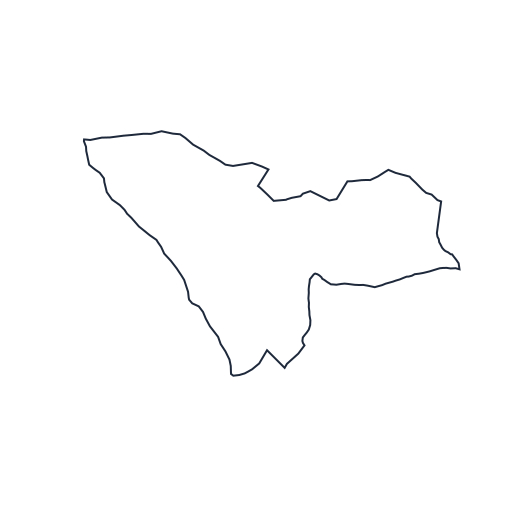 outline of Ijumu, Kogi, Nigeria, rotated 287°
{"feature_id": "59680162B15951041920960", "entity_name": "Ijumu", "entity_type": "district", "adm_level": 2, "iso_a3": "NGA", "parent_name": "Nigeria", "parent_adm1": "Kogi", "projection": "mercator", "projection_center": [5.957, 7.842], "detail": "fine", "context": "isolated", "style": "outline", "palette": "slate", "viewbox_px": 512, "rotation_deg": 287, "n_neighbors": 0, "source": "geoboundaries", "source_scale": "gbopen_adm2", "svg_char_len": 2499}
<svg xmlns="http://www.w3.org/2000/svg" viewBox="0 0 512 512"><g transform="rotate(287 256 256)"><path d="M196.3,203.9L196.0,204.1L195.6,204.3L194.7,204.8L192.3,208.5L192.1,208.8L191.1,216.0L187.0,221.7L181.4,226.3L175.3,232.5L167.6,243.4L161.4,248.0L155.8,254.7L149.2,260.9L143.5,264.0L135.9,266.6L134.9,269.3L137.3,274.8L140.4,279.5L143.1,282.2L146.5,285.4L154.2,290.5L169.1,294.1L157.4,316.1L161.9,317.1L175.0,325.0L184.7,328.5L186.6,326.3L188.3,325.2L191.8,324.6L194.7,325.7L197.6,326.9L201.1,328.0L205.8,328.0L210.5,326.8L215.1,324.4L218.6,323.2L222.7,321.4L226.8,320.3L228.7,319.4L230.8,318.5L236.1,317.3L239.6,316.1L242.5,315.5L246.6,314.9L249.5,314.3L250.7,314.8L255.3,316.6L256.5,317.7L256.5,320.1L255.9,322.4L254.8,324.8L253.6,326.0L253.1,328.3L251.9,331.8L251.3,334.2L250.8,335.9L251.4,338.3L252.0,341.2L254.3,345.9L255.5,348.8L256.1,351.7L257.3,358.8L258.5,363.5L259.7,367.0L260.3,371.6L260.9,378.7L262.4,381.0L265.0,385.1L267.4,388.0L271.5,394.4L273.3,396.8L275.6,400.3L278.0,403.2L280.3,406.1L280.9,407.9L282.7,410.8L285.0,413.1L286.8,417.2L288.6,420.7L290.3,423.6L292.1,426.6L294.5,430.1L298.0,435.3L299.2,438.2L300.4,441.8L301.0,445.8L302.7,450.5L302.8,454.5L306.8,452.6L308.3,451.9L310.9,448.6L313.5,444.9L314.9,443.1L314.6,441.6L315.7,438.6L316.1,435.7L316.9,433.8L318.3,431.6L320.9,429.1L322.7,427.2L325.6,425.8L327.5,423.9L330.7,422.3L344.0,420.1L362.3,417.1L362.5,413.2L366.1,406.0L366.1,400.3L368.1,395.7L372.7,387.4L375.5,381.7L376.8,379.7L376.3,365.2L377.1,357.4L374.3,354.9L367.6,349.2L362.0,343.0L361.0,339.4L359.4,334.8L355.6,326.0L354.1,321.6L334.0,316.4L330.5,309.8L333.9,289.0L330.3,284.0L329.3,282.6L326.2,281.1L322.1,273.2L319.4,269.2L318.5,268.2L313.9,256.8L318.0,249.1L321.2,242.7L322.6,239.8L323.5,237.4L342.4,242.6L343.3,235.5L343.9,225.0L335.4,207.7L334.4,200.0L335.4,196.9L336.4,193.8L339.0,181.9L339.7,180.0L341.5,175.2L344.1,163.3L348.2,154.0L350.2,147.8L349.0,142.1L348.7,140.6L347.7,129.2L342.1,119.9L340.0,112.7L335.4,101.8L332.3,94.1L326.7,81.7L324.1,73.9L318.5,63.6L317.7,59.7L317.2,57.5L315.4,57.9L310.8,61.5L306.7,63.0L302.1,65.6L299.1,67.2L294.5,69.8L292.6,74.3L291.4,77.5L289.9,82.2L285.8,87.9L282.2,89.4L280.6,90.4L273.5,94.6L267.9,101.8L264.8,111.1L261.7,116.8L258.7,120.4L256.1,125.6L250.0,135.4L245.6,146.3L244.8,148.3L242.3,156.1L240.6,158.0L237.0,162.6L232.7,166.4L231.5,167.4L226.5,176.0L220.8,184.0L219.7,185.3L218.3,187.0L215.7,190.2L212.1,194.3L207.0,197.9L201.9,201.5L196.3,203.9Z" fill="none" stroke="#1e293b" stroke-width="2"/></g></svg>